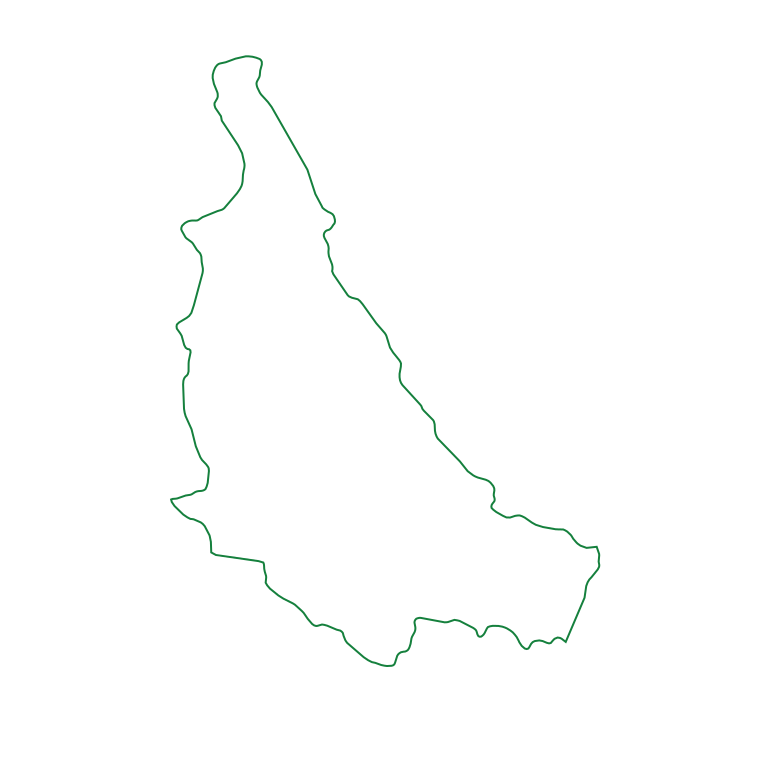 SVG path tracing the border of Phrae, rotated 109°
{"feature_id": "THA-395", "entity_name": "Phrae", "entity_type": "Province", "adm_level": 1, "iso_a3": "THA", "parent_name": "Thailand", "parent_adm1": "", "projection": "albers", "projection_center": [100.043, 18.254], "detail": "fine", "context": "isolated", "style": "outline", "palette": "green", "viewbox_px": 768, "rotation_deg": 109, "n_neighbors": 0, "source": "natural_earth", "source_scale": "10m", "svg_char_len": 4954}
<svg xmlns="http://www.w3.org/2000/svg" viewBox="0 0 768 768"><g transform="rotate(109 384 384)"><path d="M568.7,128.2L567.0,133.2L566.8,134.9L567.2,137.3L569.4,139.8L571.3,140.7L574.6,142.0L575.5,143.5L575.7,145.8L575.4,150.3L575.9,153.7L578.0,157.8L579.7,159.4L581.8,160.3L585.4,160.9L587.1,161.4L588.1,162.7L588.3,164.7L586.8,168.5L584.1,172.0L583.0,173.0L580.1,176.1L578.4,178.7L576.9,181.4L575.9,184.4L575.1,188.1L574.9,190.2L574.9,193.1L575.5,197.0L577.2,202.3L578.6,204.9L580.0,206.6L581.6,207.1L586.9,207.8L588.6,208.3L590.1,209.1L591.2,209.9L591.8,211.2L591.7,212.6L590.4,214.1L587.7,216.0L586.7,217.1L586.1,218.5L585.6,220.2L583.4,235.3L583.6,237.6L584.1,240.6L588.3,246.1L589.0,247.5L589.6,249.1L593.2,273.3L593.7,274.6L594.5,275.9L595.4,277.0L596.7,277.6L598.3,277.8L599.7,277.5L603.7,275.2L605.3,274.6L606.9,274.3L608.7,274.3L613.9,275.2L615.7,275.2L620.9,274.3L624.5,274.2L626.3,274.4L627.9,274.9L629.1,275.8L630.1,276.9L630.7,278.3L632.1,280.6L632.8,281.2L633.6,281.8L634.6,282.4L635.5,282.7L636.7,283.0L644.0,282.8L645.8,283.0L647.0,283.8L647.9,285.0L649.7,289.4L650.2,291.9L650.6,295.1L650.5,301.5L650.9,304.9L650.3,309.2L648.9,314.3L640.8,334.5L639.7,336.1L638.8,337.2L635.3,340.2L633.2,341.6L632.6,342.1L631.9,343.4L631.4,345.0L631.7,348.8L631.0,359.0L631.2,362.1L631.6,364.3L634.3,368.1L634.9,369.4L635.0,371.4L634.3,373.8L630.9,379.6L626.6,385.4L625.4,387.7L621.7,396.3L621.1,398.8L619.7,409.2L618.3,415.1L614.6,425.2L612.4,428.9L610.4,431.2L605.3,432.4L603.9,433.0L600.3,435.6L597.7,437.1L594.7,438.3L593.3,439.0L592.1,440.0L592.3,444.9L600.4,487.2L599.5,492.5L589.6,496.3L584.5,499.3L583.8,499.8L576.8,507.2L575.3,509.8L574.5,512.2L573.9,519.9L574.2,521.6L574.6,523.1L574.1,526.5L572.8,531.3L567.6,542.3L564.7,546.2L562.5,547.7L561.5,546.5L560.2,543.5L559.5,542.2L554.0,535.2L551.9,531.2L551.0,530.0L547.6,527.3L546.6,526.1L545.8,524.8L544.5,521.8L543.7,520.5L542.8,519.5L541.6,518.6L538.8,518.3L534.9,518.5L523.3,521.2L520.8,522.3L519.7,523.3L517.9,525.9L515.1,531.3L513.1,533.8L504.1,541.7L489.5,551.2L479.0,561.1L476.1,563.1L472.6,565.0L449.8,573.8L446.4,574.7L444.5,574.8L442.9,574.6L441.4,574.0L440.2,573.2L438.3,572.7L435.7,572.9L428.0,575.5L425.6,576.1L417.0,577.2L415.2,578.1L414.6,579.6L414.9,581.2L414.3,583.3L412.2,585.6L404.3,591.0L402.5,593.1L399.1,597.9L397.1,598.9L395.2,599.2L392.5,597.8L385.7,592.1L383.1,590.4L379.5,589.3L371.5,589.4L338.2,591.7L336.0,592.1L333.7,592.9L328.2,596.0L323.0,598.2L321.4,599.4L320.2,600.6L318.1,604.6L313.4,610.4L312.6,611.8L310.6,618.2L309.9,619.5L304.9,625.1L303.7,626.1L302.0,626.5L300.1,626.4L296.9,624.8L295.3,623.5L293.9,622.1L293.1,620.9L292.3,619.5L291.7,618.1L290.7,615.0L290.0,613.6L288.9,612.6L285.3,609.9L274.7,597.7L272.1,594.1L271.0,593.1L269.8,592.3L251.6,585.1L246.6,583.7L243.0,583.2L240.8,583.3L238.3,583.7L232.0,585.5L227.8,586.2L226.1,586.3L224.4,586.6L222.8,587.0L221.1,587.7L212.0,593.3L205.8,599.7L187.8,623.1L183.9,625.3L177.8,633.4L175.6,635.0L173.6,635.7L168.4,634.7L166.6,634.7L165.1,635.2L163.6,635.8L162.4,636.6L155.6,642.5L150.5,645.6L147.4,646.6L143.4,646.9L139.8,646.6L138.1,646.1L136.6,645.5L135.3,644.6L134.4,643.5L131.3,638.4L124.7,630.3L119.2,621.4L118.2,618.4L117.4,614.9L117.1,611.1L117.2,607.3L117.9,605.7L119.2,604.4L121.8,603.5L127.9,603.1L132.8,601.9L134.5,601.8L139.4,602.6L141.1,602.5L142.5,601.9L143.8,601.1L145.0,600.2L149.1,596.1L150.4,594.3L155.2,585.5L158.7,580.4L206.3,526.2L226.8,510.7L236.6,500.2L237.2,499.8L237.7,498.8L238.3,497.2L239.4,493.0L239.6,490.4L240.2,487.9L241.6,486.0L244.5,484.0L246.5,483.2L248.4,483.1L249.8,483.7L253.0,484.5L254.5,485.1L255.8,485.9L257.6,488.3L258.8,489.1L260.3,489.6L262.0,489.6L263.6,489.1L265.3,487.8L269.9,482.8L271.9,481.4L273.7,480.5L277.0,479.6L278.5,479.0L281.2,477.6L287.9,472.0L290.1,470.8L292.3,470.1L294.2,469.8L296.8,467.5L311.8,447.3L312.6,445.6L312.9,442.4L312.4,436.4L313.4,433.7L315.5,430.2L329.1,411.1L335.7,399.7L336.9,398.2L338.0,397.2L347.6,390.2L351.3,385.6L356.5,377.3L357.8,375.7L359.1,374.6L362.2,373.7L369.3,372.6L372.5,371.5L375.2,370.1L377.4,368.3L379.1,366.1L391.7,343.0L392.7,341.5L395.0,339.6L396.3,337.6L402.2,325.7L403.2,324.6L404.4,323.8L405.6,323.0L411.6,320.6L414.2,319.1L416.5,317.2L418.1,315.4L432.5,287.0L439.2,276.5L441.3,270.0L441.7,267.8L441.9,264.9L441.4,256.6L441.7,253.6L442.6,251.2L444.9,247.5L446.8,245.8L448.7,245.0L452.2,244.4L453.8,243.9L456.2,242.2L457.6,241.6L459.0,241.5L461.8,242.5L463.3,242.8L464.9,242.6L466.2,241.9L467.3,239.7L468.5,236.1L469.9,228.7L470.3,224.8L469.2,221.3L466.0,217.1L464.9,215.0L464.1,212.9L464.1,210.5L464.5,207.4L466.9,199.0L467.7,194.6L467.5,187.2L465.5,174.6L464.7,171.8L464.2,170.3L463.2,167.1L463.4,165.0L463.9,162.7L465.9,158.3L466.4,157.5L468.8,154.6L471.2,150.5L471.9,149.0L472.9,145.6L473.0,139.1L468.7,129.9L474.6,125.3L476.0,124.7L482.1,123.2L485.1,121.5L486.8,121.1L489.7,121.5L499.1,124.9L502.0,126.2L505.2,126.9L509.2,127.0L520.8,124.8L568.7,128.2Z" fill="none" stroke="#15803d" stroke-width="2"/></g></svg>